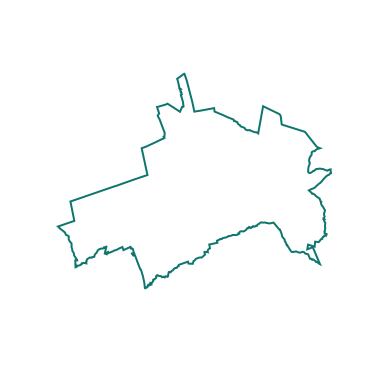 Morelos, Zacatecas, Mexico (Natural Earth projection), rotated 339°
{"feature_id": "50627088B46925631567457", "entity_name": "Morelos", "entity_type": "district", "adm_level": 2, "iso_a3": "MEX", "parent_name": "Mexico", "parent_adm1": "Zacatecas", "projection": "natural_earth1", "projection_center": [-102.666, 22.855], "detail": "fine", "context": "isolated", "style": "outline", "palette": "teal", "viewbox_px": 384, "rotation_deg": 339, "n_neighbors": 0, "source": "geoboundaries", "source_scale": "gbopen_adm2", "svg_char_len": 6025}
<svg xmlns="http://www.w3.org/2000/svg" viewBox="0 0 384 384"><g transform="rotate(339 192 192)"><path d="M309.3,255.3L309.1,253.2L308.4,251.0L308.3,248.7L308.6,248.0L309.2,247.6L308.6,246.2L308.8,245.4L308.7,244.8L308.8,244.0L308.5,243.8L308.3,243.1L306.8,241.1L305.8,239.2L305.5,238.2L304.5,237.1L303.8,236.9L303.9,236.7L301.7,232.4L303.8,232.1L307.3,232.1L308.9,231.7L309.5,231.3L313.4,229.8L315.9,229.2L316.4,228.7L318.2,227.9L319.2,227.2L323.1,225.4L324.8,225.0L326.0,225.0L326.9,224.6L327.7,224.0L328.5,224.2L329.0,222.2L328.9,221.3L329.5,220.6L329.1,220.4L328.3,220.4L327.4,220.3L326.2,220.7L324.6,219.5L322.7,217.7L321.1,216.7L319.5,215.9L315.9,215.1L313.7,216.0L312.8,215.8L310.8,216.5L310.0,216.6L309.1,216.6L307.8,215.7L307.7,214.6L309.0,211.7L310.5,209.4L311.0,209.1L311.7,208.1L312.2,207.6L312.4,207.2L312.2,206.7L312.4,206.1L312.4,205.2L312.6,204.5L313.2,203.7L313.7,202.6L314.3,202.2L315.2,201.2L316.4,200.7L317.3,199.6L317.5,198.9L317.7,198.3L318.2,197.7L319.6,197.4L321.0,197.8L321.6,197.7L321.9,197.3L324.2,196.8L327.2,197.0L325.2,195.2L324.3,193.4L319.0,176.3L300.1,161.3L300.0,160.8L301.9,153.6L302.0,151.8L301.3,150.4L289.1,137.4L274.8,161.0L273.7,159.4L273.4,159.2L271.9,158.6L268.9,155.9L268.5,155.3L268.2,155.3L267.9,154.9L266.9,154.5L265.7,154.1L265.3,153.8L264.7,153.2L264.3,152.6L264.2,151.4L263.0,149.9L261.9,149.2L260.7,147.6L260.8,147.0L260.2,146.1L259.6,145.4L259.2,144.2L259.4,143.2L259.2,142.7L258.8,142.4L258.3,142.2L257.8,141.7L257.7,141.3L256.6,140.7L256.8,139.3L251.8,134.7L248.3,131.1L241.9,125.0L242.7,121.6L230.1,119.3L223.0,117.8L224.5,108.3L227.0,86.4L227.3,78.9L226.9,78.8L218.7,81.0L218.6,83.3L217.6,90.0L217.3,90.3L218.5,92.0L217.4,92.2L217.8,94.8L217.2,94.8L217.5,97.2L216.3,97.5L216.2,100.7L215.8,104.9L214.7,109.2L214.3,109.3L213.6,108.9L213.4,108.9L209.5,112.8L207.2,109.5L200.7,100.7L199.4,101.0L191.2,100.3L189.8,100.1L189.5,107.0L187.6,108.1L187.4,108.3L187.3,109.0L187.8,112.3L187.7,123.9L187.7,127.1L186.2,130.2L185.4,130.2L185.6,131.7L165.6,133.2L160.7,133.1L156.5,160.2L143.1,159.6L123.3,159.1L121.0,158.9L75.1,157.3L71.8,176.8L54.5,176.2L56.0,179.5L57.5,181.8L58.9,184.3L58.9,185.9L59.1,187.1L60.2,187.9L61.1,189.3L60.4,190.7L59.9,192.5L60.3,194.9L61.1,196.6L60.8,197.8L59.8,200.2L59.7,202.2L59.2,204.5L59.7,205.9L59.6,207.7L59.2,209.1L59.6,210.6L59.9,211.4L59.7,212.2L60.4,214.0L60.3,214.7L58.5,214.1L56.3,220.5L57.8,220.4L58.3,219.5L58.5,219.7L59.2,220.0L61.3,220.2L63.1,219.9L63.3,219.1L63.7,219.0L64.2,219.2L65.4,219.3L67.8,220.8L68.2,219.2L68.8,218.9L69.0,218.2L69.7,217.4L70.6,217.0L73.3,216.5L74.8,217.5L75.7,217.0L77.5,217.5L78.7,215.8L79.4,215.3L81.3,214.4L83.2,212.7L85.1,212.2L85.9,212.2L87.7,212.4L88.5,212.8L89.7,212.9L90.2,212.1L91.0,212.5L91.9,212.2L92.4,212.4L88.5,218.2L90.0,219.5L90.8,218.0L91.9,218.0L91.3,219.1L97.0,219.0L98.3,218.8L100.9,219.0L103.8,218.6L107.3,218.4L107.2,221.7L114.8,221.2L114.7,222.6L115.4,222.6L115.3,223.3L116.4,224.1L116.0,226.8L116.1,228.9L114.4,228.8L113.7,227.0L114.3,230.2L116.1,231.0L116.0,236.7L116.0,245.7L116.5,246.1L116.0,253.1L114.9,259.9L113.6,264.8L113.8,265.0L114.3,264.5L114.7,264.5L115.1,265.0L115.5,265.0L116.3,264.5L116.9,263.8L117.2,263.8L117.2,264.1L117.6,263.8L117.8,263.2L118.7,263.8L118.8,263.7L119.6,262.5L120.1,262.5L120.1,263.8L120.9,263.9L120.9,262.0L122.0,262.5L123.7,261.3L124.3,260.0L125.5,260.2L126.0,259.7L126.5,259.8L127.9,259.2L128.2,257.8L129.6,257.2L130.1,257.3L130.3,258.0L130.5,258.2L133.2,259.7L133.4,260.7L133.8,260.9L134.2,261.0L134.9,260.9L135.7,261.7L135.9,261.2L137.0,261.3L137.1,261.5L137.3,261.7L137.8,261.6L137.9,261.8L138.2,261.9L138.8,262.4L139.7,261.8L139.8,261.1L140.2,260.7L141.2,259.2L141.4,258.6L141.9,258.4L142.4,258.6L142.6,259.0L143.4,259.2L144.7,258.4L146.0,258.3L147.2,257.4L148.5,257.0L148.9,257.2L149.3,257.0L149.8,257.2L150.3,257.1L150.6,257.3L152.1,256.3L152.8,256.5L153.0,256.4L153.0,256.0L153.6,255.3L163.3,255.6L163.1,257.6L167.0,259.3L168.7,257.0L169.8,257.0L171.5,255.8L175.0,255.8L176.5,256.1L177.5,256.7L179.7,255.9L180.8,255.4L181.7,255.2L182.0,252.6L182.2,252.4L182.7,252.6L185.2,253.9L185.2,253.2L185.3,252.8L186.0,251.9L186.8,251.4L188.6,251.0L189.3,247.2L197.5,248.5L197.9,246.4L198.9,246.5L199.4,246.3L200.0,246.3L201.2,246.0L201.5,246.3L202.3,246.3L202.9,246.6L204.3,246.0L207.9,246.7L209.5,246.4L210.2,246.2L211.2,246.7L214.9,246.8L217.7,248.0L219.6,248.1L220.2,247.3L220.6,247.4L221.2,247.8L221.6,246.7L222.5,246.3L223.9,246.3L226.1,247.3L227.0,247.2L229.4,246.6L230.0,245.8L231.0,245.6L231.4,245.9L232.3,245.3L232.7,245.1L233.1,245.3L233.3,245.7L233.3,246.3L233.5,246.6L234.4,246.6L234.9,246.3L235.4,246.2L235.8,246.5L236.6,245.8L237.4,246.3L237.5,246.5L238.1,246.8L239.7,246.4L240.1,246.5L240.1,246.8L240.5,246.9L241.2,246.2L241.9,245.9L243.3,245.7L244.1,245.3L245.4,245.1L245.8,245.2L247.0,245.9L249.6,246.8L250.2,247.4L252.8,249.0L254.4,249.4L257.2,249.8L260.2,258.7L260.6,258.7L260.7,262.7L260.3,265.8L260.4,266.7L260.8,267.8L261.4,269.2L261.0,271.6L261.4,272.2L261.4,275.7L261.9,275.7L262.0,276.9L263.0,282.0L263.4,283.3L263.9,283.9L264.4,284.1L267.8,284.8L268.8,285.6L269.6,286.5L270.6,287.0L271.4,287.4L272.0,287.5L273.5,287.4L274.1,287.6L275.2,288.6L275.5,289.7L276.2,290.5L277.0,291.0L277.9,291.7L278.2,292.7L278.1,294.0L278.3,295.4L278.2,295.9L278.2,296.6L279.6,297.2L279.9,297.4L280.1,297.8L279.8,298.0L279.8,298.3L280.1,298.5L281.1,298.6L281.7,299.4L282.9,301.4L282.8,301.7L283.2,301.8L283.4,302.2L283.7,302.3L284.0,302.8L285.0,304.3L285.0,304.5L285.6,305.2L285.0,286.9L279.1,286.8L281.5,282.7L286.9,287.0L289.2,282.5L292.3,284.2L294.5,283.0L295.0,282.5L295.6,282.3L296.5,282.5L296.8,282.4L297.1,281.7L298.1,281.0L298.5,281.1L298.9,280.7L299.3,280.7L300.0,280.1L301.5,280.9L302.6,279.5L301.0,277.9L301.4,277.0L301.4,276.5L301.9,276.3L302.5,275.0L303.0,274.3L303.5,273.4L303.6,272.5L304.1,271.2L305.4,268.6L305.3,268.1L305.1,267.7L305.0,266.0L305.2,265.7L305.9,265.3L305.0,264.6L305.2,263.6L306.1,263.5L307.1,262.3L307.0,261.1L307.7,259.1L308.6,258.3L309.6,256.7L309.3,255.3Z" fill="none" stroke="#0f766e" stroke-width="2"/></g></svg>